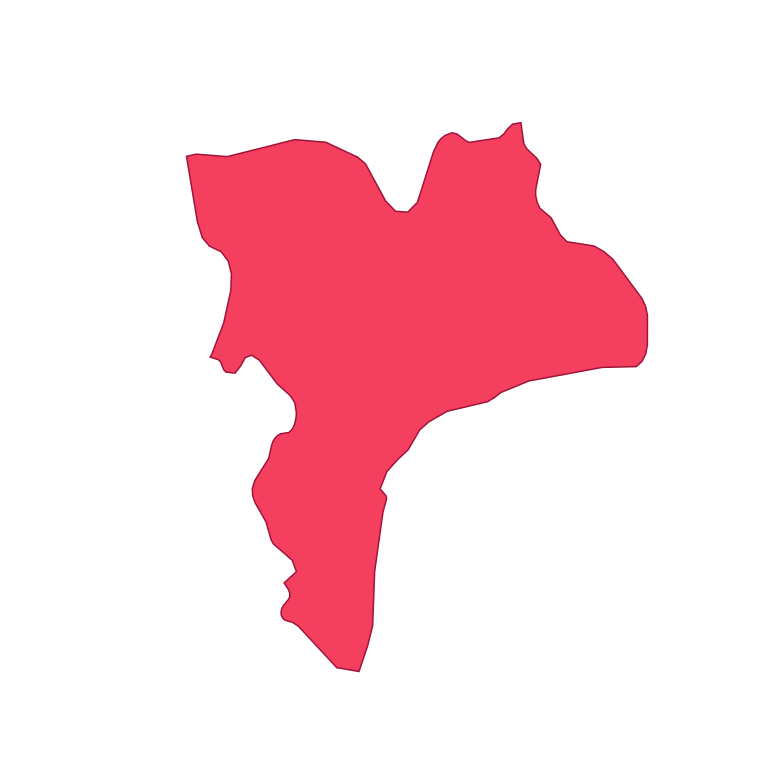 an SVG outline of Catanzaro, rotated 14°
{"feature_id": "ITA-5393", "entity_name": "Catanzaro", "entity_type": "Province", "adm_level": 1, "iso_a3": "ITA", "parent_name": "Italy", "parent_adm1": "", "projection": "mercator", "projection_center": [16.48, 38.83], "detail": "fine", "context": "isolated", "style": "filled", "palette": "rose", "viewbox_px": 768, "rotation_deg": 14, "n_neighbors": 0, "source": "natural_earth", "source_scale": "10m", "svg_char_len": 1645}
<svg xmlns="http://www.w3.org/2000/svg" viewBox="0 0 768 768"><g transform="rotate(14 384 384)"><path d="M624.6,306.1L591.7,315.1L523.8,346.0L499.3,364.1L494.2,370.7L488.8,376.1L452.0,395.1L436.7,409.8L429.8,419.8L423.3,442.1L415.5,454.1L408.0,468.3L405.6,486.7L413.0,492.0L414.3,494.5L414.0,508.6L420.3,568.2L431.4,621.1L431.5,641.2L429.3,669.0L406.8,670.7L359.3,639.6L352.6,637.4L346.5,637.3L344.5,636.9L342.0,635.3L340.2,633.0L339.2,630.0L339.2,626.4L340.1,623.0L343.2,616.7L344.0,613.3L343.1,609.7L340.7,606.2L335.2,601.2L344.4,587.3L337.7,577.3L315.5,566.0L312.4,562.8L302.8,546.3L287.8,530.5L283.7,524.4L281.5,517.4L282.0,508.8L290.1,484.1L289.8,470.5L290.2,466.5L291.4,462.8L293.4,459.5L295.8,457.2L303.4,454.1L305.9,450.2L306.9,444.7L306.9,438.8L306.1,433.6L302.1,423.9L295.9,418.0L280.6,409.9L257.2,391.0L248.5,388.1L243.0,392.0L240.5,401.3L236.8,409.5L227.8,410.7L225.2,409.1L220.1,402.1L217.4,400.5L208.8,399.9L209.7,396.9L213.7,363.6L212.7,330.1L209.4,314.4L203.3,302.6L194.1,295.1L181.4,292.5L172.4,286.1L163.5,271.3L137.3,210.9L146.2,206.4L176.9,201.3L238.2,168.5L269.0,163.5L303.7,170.3L312.9,175.0L341.4,206.1L353.4,213.6L365.5,211.5L372.5,199.6L375.8,147.1L377.9,136.5L380.0,132.1L383.3,127.9L389.2,123.8L394.2,123.7L405.2,128.4L408.4,128.9L436.1,117.3L439.9,112.2L442.4,106.2L446.0,100.7L453.6,97.3L461.6,117.1L465.6,121.2L478.1,128.3L482.9,133.0L484.2,158.7L485.6,164.5L488.7,170.7L492.8,175.8L505.8,182.2L519.2,196.8L527.1,201.7L554.4,199.3L565.5,202.4L575.9,207.6L613.7,238.7L619.0,245.3L623.0,253.6L630.1,282.2L630.7,291.3L628.9,299.6L624.6,306.1L624.6,306.1Z" fill="#f43f5e" stroke="#9f1239" stroke-width="1.5"/></g></svg>